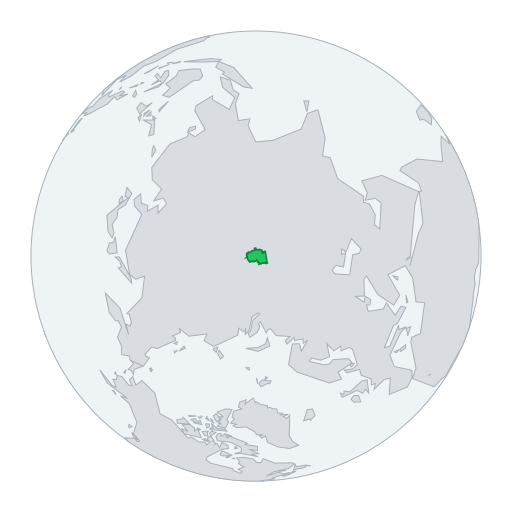 Altay highlighted on a globe, orthographic projection, rotated 195°
{"feature_id": "RUS-2399", "entity_name": "Altay", "entity_type": "Territory", "adm_level": 1, "iso_a3": "RUS", "parent_name": "Russia", "parent_adm1": "", "projection": "orthographic", "projection_center": [83.175, 52.561], "detail": "fine", "context": "on_globe", "style": "filled", "palette": "green", "viewbox_px": 512, "rotation_deg": 195, "n_neighbors": 0, "source": "natural_earth", "source_scale": "10m", "svg_char_len": 14834}
<svg xmlns="http://www.w3.org/2000/svg" viewBox="0 0 512 512"><g transform="rotate(195 256 256)"><circle cx="256" cy="256" r="225" fill="#eef3f6" stroke="#a8b0b8"/><path d="M331.1,43.6L335.5,46.5L326.2,48.5L322.7,46.0L320.8,47.2L325.2,50.6L328.5,52.6L328.0,64.5L340.3,80.7L350.5,85.7L343.3,85.1L366.8,94.9L377.5,105.6L361.6,93.8L356.9,92.8L362.3,99.9L358.7,100.6L359.2,104.6L354.4,104.9L345.5,98.4L342.2,98.6L346.2,103.7L343.9,107.6L338.6,100.0L334.0,106.1L318.2,97.4L307.8,78.7L295.1,75.9L274.1,62.3L272.1,64.6L262.9,61.5L257.2,63.2L254.9,60.6L252.4,64.3L255.5,66.3L255.4,68.7L252.4,70.0L248.9,66.8L250.0,65.7L247.4,65.5L247.0,63.4L245.4,65.1L241.6,61.4L240.8,67.1L234.0,65.8L232.7,62.8L238.8,60.5L251.1,49.4L251.7,46.5L246.3,44.1L223.7,44.7L221.8,42.8L214.9,42.0L213.2,44.0L217.9,45.3L212.9,49.2L219.3,50.9L218.3,52.9L222.4,56.0L215.3,58.4L206.1,59.2L202.3,56.9L198.1,57.3L196.5,62.1L184.3,60.8L167.5,65.6L165.0,65.2L169.7,59.1L183.0,52.1L189.1,45.9L178.5,53.0L172.6,52.6L168.9,54.0L165.4,56.1L165.0,57.5L161.6,58.3L170.8,51.1L174.0,50.3L171.1,52.4L177.3,49.3L183.4,45.2L179.9,45.7L192.9,40.3L190.5,40.7L192.0,40.1L194.9,39.6L190.0,40.6L205.5,36.5L221.1,33.4L236.9,31.5L252.9,30.7L268.8,31.1L284.7,32.6L300.4,35.1L315.9,38.8L331.1,43.6ZM438.6,124.1L438.0,123.2L438.9,124.5L438.6,124.1ZM440.1,126.2L439.2,125.0L439.4,125.2L440.1,126.2ZM441.7,128.7L442.0,129.2L441.1,127.9L441.7,128.7ZM330.5,53.5L325.6,50.6L323.0,47.5L327.5,49.7L330.5,53.5ZM334.9,60.5L331.6,59.1L334.0,57.3L335.1,58.6L334.9,60.5ZM358.6,89.3L355.3,85.8L359.7,89.1L358.6,89.3ZM360.1,105.1L362.2,105.9L361.6,107.7L360.1,105.1ZM226.0,54.6L224.3,55.3L224.4,54.3L226.0,54.6ZM229.5,55.4L231.0,53.8L232.9,53.9L231.9,54.9L229.5,55.4ZM353.7,109.8L352.1,112.6L352.2,108.6L353.7,109.8ZM227.3,57.4L236.0,54.4L239.3,54.8L238.4,59.0L227.3,57.4ZM350.1,113.4L346.3,120.5L350.6,122.9L336.3,120.5L344.3,115.0L343.7,109.7L346.7,113.1L350.1,113.4ZM257.9,66.5L254.3,64.3L260.1,65.0L257.9,66.5ZM261.6,66.3L279.4,65.8L283.1,69.9L276.3,69.1L283.4,73.8L276.4,76.1L271.0,74.0L270.0,70.8L268.1,74.2L261.6,66.3ZM329.0,118.3L326.7,119.2L327.4,117.1L329.0,118.3ZM255.9,69.7L259.1,69.1L262.6,72.6L256.6,74.5L257.4,72.7L255.9,69.7ZM288.6,74.1L290.1,77.2L284.9,79.8L284.7,81.4L276.5,76.5L288.6,74.1ZM255.1,72.6L253.5,75.4L249.1,75.0L252.9,70.6L255.1,72.6ZM265.9,72.8L267.3,74.6L264.6,74.2L265.9,72.8ZM232.6,75.7L236.5,74.6L238.6,76.3L232.6,75.7ZM253.2,76.5L254.7,76.6L256.0,77.2L254.1,79.0L253.2,76.5ZM273.4,78.8L270.9,79.4L276.5,81.0L272.8,83.2L268.0,79.6L268.5,82.1L267.4,82.8L264.7,79.1L273.4,78.8ZM255.9,82.7L248.6,79.3L241.0,80.8L238.9,79.3L251.5,77.2L255.9,82.7ZM261.3,80.9L257.5,81.6L256.9,79.2L259.1,77.2L261.3,80.9ZM272.0,86.1L278.9,83.6L279.7,84.5L272.0,86.1ZM253.8,83.6L255.7,84.4L253.4,84.0L253.8,83.6ZM266.6,85.8L268.9,84.7L269.8,85.8L266.6,85.8ZM257.4,87.1L255.0,85.9L256.4,84.5L257.4,87.1ZM261.7,86.9L262.3,88.6L258.3,84.7L262.6,86.2L261.7,86.9ZM267.0,87.0L268.3,87.2L265.9,87.3L267.0,87.0ZM253.4,93.5L248.0,88.9L251.2,85.6L255.9,90.5L253.4,93.5ZM50.2,347.7L49.6,345.7L46.7,337.1L39.1,306.8L40.4,299.7L39.5,291.7L36.9,285.1L36.3,275.4L35.1,270.5L31.4,242.0L33.1,224.5L42.0,188.8L44.7,185.9L50.2,175.7L73.2,178.2L72.4,189.0L84.1,212.9L84.6,217.8L77.1,223.7L81.0,254.5L89.5,253.1L99.0,275.4L109.3,285.3L123.8,272.1L107.0,255.4L110.1,244.2L128.4,250.3L144.0,265.3L145.7,261.4L140.9,245.4L149.7,242.7L139.9,239.4L140.0,245.3L133.9,243.7L133.4,238.2L136.5,237.3L133.3,231.5L119.3,237.9L117.9,244.6L106.3,234.6L102.9,245.0L97.9,245.2L101.8,227.9L105.3,224.2L108.2,200.6L103.4,203.4L100.4,226.1L99.0,221.9L92.5,226.6L96.4,219.7L101.0,194.9L93.9,185.0L75.9,185.9L73.7,179.3L75.9,168.7L91.5,156.7L94.7,173.0L100.3,169.7L107.4,157.7L107.8,163.9L111.1,161.3L113.0,167.2L123.4,168.0L126.6,173.3L138.0,166.7L141.2,168.8L133.5,171.9L129.9,177.3L138.7,191.0L142.6,191.6L149.3,186.4L150.8,191.2L156.2,184.4L164.9,189.8L158.9,177.8L166.6,172.1L175.8,171.9L177.3,168.0L162.3,168.4L157.3,170.6L154.7,175.9L140.1,180.8L135.5,177.7L146.7,164.9L141.4,159.3L152.4,152.3L186.1,154.5L196.5,159.4L198.1,180.4L191.4,182.5L187.6,175.9L184.4,187.7L187.9,184.0L189.2,188.1L196.9,184.2L198.2,187.0L203.4,178.8L205.8,181.8L202.5,187.0L216.0,184.4L223.1,189.6L225.5,187.8L226.1,184.3L234.7,193.5L236.1,191.8L233.9,188.0L235.2,182.2L241.0,175.8L243.6,179.3L241.9,182.1L242.3,193.6L237.4,200.9L239.0,201.7L244.0,196.3L243.5,182.2L246.2,177.4L247.4,183.8L247.1,181.0L249.3,179.8L253.9,181.9L253.1,174.9L273.3,157.7L284.3,160.7L283.1,168.0L300.1,161.2L311.2,166.0L309.1,162.4L315.8,157.3L312.4,155.7L311.9,153.6L327.6,141.0L333.3,141.1L337.7,132.5L336.6,130.8L332.6,130.1L336.3,120.5L350.6,122.9L352.3,126.6L360.1,126.0L363.0,134.7L368.9,142.0L367.5,152.6L372.3,157.8L374.8,157.0L383.3,163.8L392.0,181.3L373.9,170.5L358.7,146.9L363.9,156.6L359.4,155.6L359.3,159.9L363.3,167.0L365.8,167.0L355.4,185.9L358.4,207.8L366.2,202.4L373.3,205.4L383.5,227.8L377.1,266.7L386.4,273.0L388.4,279.1L383.5,286.1L380.4,277.2L373.5,276.8L372.6,271.1L363.7,279.9L361.8,272.0L355.8,283.2L360.5,288.0L369.0,282.8L364.5,296.3L375.9,302.8L379.6,314.6L368.3,341.7L353.2,353.6L352.8,357.5L345.6,355.5L337.8,365.0L352.6,380.4L352.8,385.7L339.4,399.5L338.8,395.9L319.8,390.7L317.5,403.7L331.9,410.3L336.9,419.8L326.3,419.1L321.1,410.6L314.4,408.5L315.3,397.7L308.1,382.2L297.4,386.9L297.4,379.9L285.8,366.2L269.9,371.9L245.2,390.3L243.2,407.0L234.1,413.3L219.7,387.8L217.6,369.9L209.7,370.2L197.2,351.9L167.8,341.6L166.0,335.7L159.9,335.7L151.5,326.6L149.7,316.9L143.5,314.2L148.9,339.7L155.8,342.6L165.0,338.1L164.9,346.0L173.3,355.9L155.3,366.4L115.6,360.3L115.8,346.7L107.0,296.1L109.6,292.7L109.7,292.2L109.9,291.2L104.8,295.9L104.7,286.0L105.0,319.3L103.2,330.7L115.0,360.7L112.9,361.4L117.9,368.7L139.0,375.7L138.2,379.6L125.7,391.3L100.1,395.5L105.9,410.7L108.1,419.5L97.5,414.1L103.9,421.8L99.2,417.7L99.4,418.0L87.5,405.5L76.5,392.2L66.6,378.0L57.8,363.2L50.2,347.7ZM58.8,184.9L56.6,187.3L58.8,184.9ZM156.2,290.0L168.3,297.5L170.2,283.2L175.0,285.0L173.8,279.7L170.2,282.2L168.6,268.0L176.4,267.6L178.7,261.9L174.7,259.1L160.6,262.2L162.9,282.3L157.0,285.3L156.2,290.0ZM172.1,53.0L171.3,53.6L167.4,55.6L168.6,54.4L172.1,53.0ZM154.2,66.8L149.1,67.7L153.5,66.1L154.1,64.4L164.3,59.1L164.3,64.8L162.5,63.0L154.2,66.8ZM177.8,54.3L171.4,56.6L178.4,53.8L177.8,54.3ZM127.2,142.3L125.4,146.5L120.9,147.9L117.0,142.3L123.4,140.1L127.2,142.3ZM123.8,152.3L136.0,141.8L139.0,145.3L135.3,145.0L136.0,148.4L130.2,149.0L121.1,163.0L116.6,165.2L111.7,152.9L115.8,155.6L117.3,151.1L123.8,152.3ZM162.0,112.6L167.3,109.1L166.8,120.9L161.9,122.9L157.6,117.1L160.9,111.4L162.0,112.6ZM224.2,65.7L226.2,64.4L227.2,65.1L226.2,67.0L224.2,65.7ZM234.2,75.1L216.1,72.9L217.6,71.1L205.3,72.5L204.3,68.4L212.3,67.5L202.3,65.7L209.2,63.3L201.9,62.8L219.9,61.3L225.7,59.4L219.6,63.0L220.4,66.7L222.4,67.7L232.5,69.4L245.3,67.6L248.1,71.4L246.7,74.5L244.0,75.5L243.0,72.7L240.2,76.1L236.8,72.8L234.2,75.1ZM228.3,114.7L228.3,110.0L222.0,118.1L218.6,114.1L218.1,115.3L213.2,113.9L206.3,114.4L205.6,112.2L203.3,113.4L200.0,112.7L196.5,113.6L194.0,110.0L189.6,111.0L191.0,108.8L183.9,111.5L188.1,107.9L184.2,106.9L182.2,110.9L177.5,91.0L172.4,86.1L165.8,84.2L173.8,78.7L185.0,77.3L196.6,78.9L200.4,84.7L203.3,81.4L206.0,83.3L202.6,85.1L209.5,83.5L210.8,85.6L221.1,88.3L230.3,85.2L234.3,86.2L231.3,88.5L237.4,88.0L234.6,93.2L237.4,94.2L237.4,100.5L230.1,104.6L233.8,105.4L234.0,110.5L228.3,114.7ZM253.1,95.3L245.2,100.7L239.4,101.4L241.8,90.3L239.6,88.7L240.9,82.0L249.3,81.4L248.1,83.3L249.0,85.0L246.0,84.5L249.0,86.2L247.5,89.0L249.4,91.2L246.4,92.3L253.1,95.3ZM88.8,218.2L89.9,221.1L92.3,224.7L88.3,227.9L88.8,218.2ZM91.6,201.2L93.1,202.9L88.6,208.9L87.5,206.0L91.6,201.2ZM97.8,199.1L93.6,202.6L95.2,199.0L97.8,199.1ZM135.3,173.4L137.4,175.1L136.1,176.7L133.2,177.5L135.3,173.4ZM209.0,139.2L209.9,136.1L211.5,136.1L217.4,130.8L220.4,133.6L218.0,137.9L209.0,139.2ZM118.7,272.2L113.5,272.6L112.9,269.5L114.8,270.0L118.7,272.2ZM98.4,249.8L101.2,257.2L97.3,250.7L98.4,249.8ZM213.3,141.4L215.4,138.8L215.6,141.8L213.3,141.4ZM222.9,135.4L223.8,138.5L221.4,133.3L222.9,135.4ZM138.6,437.2L135.7,444.8L127.1,439.6L122.0,434.6L120.7,428.2L129.5,431.5L132.9,429.6L138.6,437.2ZM385.9,421.8L391.4,419.3L391.1,419.9L385.9,421.8ZM380.3,423.0L386.7,419.9L379.0,424.7L380.3,423.0ZM389.2,418.6L395.7,414.0L398.6,411.5L397.9,412.9L389.2,418.6ZM375.9,425.1L350.7,435.0L340.5,436.8L343.1,434.0L359.7,429.0L375.9,425.1ZM342.3,434.2L326.4,432.4L303.1,417.0L311.4,416.1L335.5,423.1L334.0,425.5L343.7,427.8L342.3,434.2ZM379.9,408.9L378.3,415.3L364.7,420.6L358.3,422.1L354.0,416.1L356.4,411.2L361.7,409.4L380.9,386.8L387.8,387.1L382.2,396.1L387.8,398.9L379.9,408.9ZM244.3,408.6L250.0,418.2L245.0,419.4L244.3,408.6ZM387.8,372.2L380.6,382.8L386.9,370.3L387.8,372.2ZM390.9,361.3L391.8,364.6L388.3,362.8L390.9,361.3ZM353.4,362.9L347.9,365.7L347.3,363.0L354.1,357.9L353.4,362.9ZM382.3,324.4L383.9,332.9L383.4,336.2L380.1,332.3L382.3,324.4ZM242.1,164.1L230.5,168.1L224.2,173.4L223.8,180.0L219.4,172.7L229.2,164.5L242.1,164.1ZM269.2,158.0L269.5,152.7L272.7,154.1L273.0,155.5L269.2,158.0ZM267.1,155.4L261.3,150.7L263.6,147.2L267.7,151.6L267.1,155.4ZM236.9,145.5L233.3,146.4L233.2,143.8L236.9,145.5ZM357.3,457.2L358.8,456.5L357.6,455.1L360.2,454.0L361.8,450.7L385.7,435.4L403.6,417.5L413.7,410.4L423.3,397.2L432.8,388.7L428.2,397.0L436.1,390.4L446.4,371.0L446.2,376.7L436.4,391.0L425.5,404.4L413.5,417.0L400.7,428.7L386.9,439.3L372.5,448.8L357.3,457.2ZM399.3,414.6L407.3,406.0L411.3,402.9L399.3,414.6ZM472.4,318.8L471.9,320.2L472.2,319.1L472.6,317.9L472.4,318.8ZM473.4,315.1L473.5,314.4L473.5,314.7L473.4,315.1ZM472.0,318.8L472.8,316.9L471.8,319.5L472.0,318.8ZM471.2,321.3L470.3,323.1L470.4,322.6L471.2,321.3ZM456.7,350.5L460.6,348.4L456.6,355.2L452.4,358.6L447.5,367.9L437.3,378.9L440.1,374.0L439.2,371.6L427.6,381.0L425.3,380.4L429.8,374.9L421.7,379.4L430.6,370.9L433.9,373.3L438.8,364.5L446.5,357.4L453.4,350.6L458.1,347.2L456.7,350.5ZM429.9,382.7L431.4,381.4L429.9,384.1L429.9,382.7ZM468.6,325.3L469.9,324.0L469.6,325.1L468.9,326.5L468.6,325.3ZM459.4,344.5L464.9,331.7L466.0,329.7L462.2,340.3L459.4,344.5ZM463.9,331.0L466.1,327.6L467.0,327.8L466.5,329.4L463.9,331.0ZM411.8,392.3L411.3,394.1L408.9,394.6L411.8,392.3ZM415.0,389.2L422.1,385.4L414.3,391.0L415.0,389.2ZM391.6,398.3L393.9,400.7L401.3,394.2L395.7,400.8L400.3,403.8L398.5,406.9L393.9,403.5L391.7,410.9L388.4,412.6L387.0,408.0L390.5,399.1L393.8,394.3L406.9,385.4L391.6,398.3ZM415.1,384.8L413.1,381.7L414.5,377.7L416.7,378.6L415.1,384.8ZM406.7,374.5L400.8,372.2L395.9,377.3L405.2,363.3L409.5,367.9L406.7,374.5ZM400.9,364.8L396.4,369.5L400.7,361.9L400.9,364.8ZM394.9,368.2L393.9,364.4L397.7,362.8L394.9,368.2ZM403.3,363.5L403.3,355.9L405.7,359.0L403.3,363.5ZM390.9,355.7L400.0,358.2L389.0,361.1L386.2,347.0L390.7,344.3L390.9,355.7ZM400.9,279.1L398.4,275.0L401.8,271.3L402.6,275.1L400.9,279.1ZM410.6,256.7L401.9,269.1L394.6,279.4L398.0,279.7L398.4,288.9L392.0,284.2L395.5,271.4L401.5,265.0L400.1,257.5L403.2,249.4L399.1,241.5L399.7,236.2L405.2,241.5L410.6,256.7ZM397.0,238.4L390.9,223.1L398.3,219.9L401.3,222.6L401.0,230.8L397.1,232.0L397.0,238.4ZM391.6,218.6L387.8,219.7L370.8,202.0L369.1,197.6L385.9,208.7L383.2,210.5L386.1,215.6L391.6,218.6ZM328.6,120.8L326.9,119.4L329.4,119.7L328.6,120.8ZM309.9,152.9L309.6,150.1L312.6,150.4L309.9,152.9ZM310.5,142.8L307.3,144.4L309.6,141.2L310.5,142.8ZM300.4,148.5L305.6,144.4L302.2,150.4L300.4,148.5Z" fill="#d9dde1" stroke="#a8b0b8" stroke-width="1"/><path d="M246.0,258.0L244.8,255.3L243.8,253.2L243.5,252.7L243.4,252.5L243.5,252.4L243.8,252.2L243.7,252.1L243.8,252.1L244.0,252.1L244.0,251.9L243.7,251.9L243.8,251.6L244.2,251.6L244.3,251.5L244.5,251.8L244.8,252.0L245.0,251.9L245.4,251.9L245.3,251.5L245.5,251.4L246.0,251.3L246.3,251.4L246.6,251.3L246.9,251.4L247.0,251.2L247.2,251.3L247.3,251.3L247.6,251.2L247.7,250.9L247.9,250.8L248.0,250.8L248.3,250.7L248.3,250.4L248.8,250.2L249.0,249.9L249.1,250.0L249.4,249.9L249.7,249.7L249.8,249.8L249.9,249.7L250.0,249.4L250.2,249.5L250.5,249.2L250.6,249.3L250.6,249.2L250.6,248.9L250.9,248.7L250.9,248.8L251.0,249.2L251.2,249.4L251.3,249.7L251.3,249.8L251.5,249.9L251.8,250.0L252.0,250.0L252.3,250.2L252.3,250.4L252.2,250.5L252.4,250.5L252.6,250.3L252.9,250.4L252.9,250.7L252.7,250.9L252.7,251.2L252.8,251.3L253.0,251.5L253.1,251.4L253.3,251.5L253.5,251.7L253.8,251.6L253.7,251.8L253.8,251.9L254.0,252.1L254.3,252.4L254.5,252.3L254.5,252.1L254.8,251.8L254.8,251.7L255.0,251.3L255.0,251.2L255.6,250.5L255.8,250.3L256.0,250.1L256.3,250.0L256.5,250.5L256.7,250.4L256.8,250.4L256.7,250.0L256.9,249.8L257.2,249.8L257.3,249.9L257.5,249.8L257.7,250.0L257.8,249.9L258.0,249.7L258.3,249.6L258.5,249.5L258.8,249.6L258.9,249.8L259.0,249.8L259.1,249.6L259.2,249.4L259.5,249.0L260.4,248.4L260.5,248.4L261.2,249.4L261.2,249.5L261.3,249.5L261.6,249.3L261.8,249.6L262.0,249.6L262.3,250.0L262.8,250.2L262.9,250.3L263.0,250.4L263.0,250.6L263.5,251.0L263.5,251.4L263.6,251.5L263.8,251.7L263.9,251.9L263.9,252.0L264.2,252.1L264.5,252.2L264.8,252.1L265.0,252.0L264.8,252.3L264.7,252.9L264.6,253.0L264.4,253.0L264.2,253.1L264.3,253.3L264.5,253.4L264.7,253.6L264.9,253.7L265.1,253.7L265.2,253.9L265.1,254.0L265.1,254.3L264.9,254.6L265.0,254.8L265.3,255.2L265.5,255.1L265.6,255.4L265.6,255.5L265.4,255.3L265.0,255.5L264.9,255.5L264.8,255.4L264.7,255.5L264.6,255.8L264.5,256.0L264.3,256.5L264.7,256.9L264.7,257.0L264.8,257.2L264.8,257.4L264.7,257.5L264.4,257.6L264.1,257.5L263.9,257.8L263.9,258.0L263.7,258.0L263.4,258.0L263.3,257.9L263.2,257.9L262.6,257.8L262.5,258.1L262.4,258.2L262.5,258.4L262.4,258.5L262.2,258.6L262.3,258.7L262.3,258.8L262.2,259.0L262.3,259.2L262.2,259.1L261.9,259.2L261.8,259.3L261.7,259.5L261.6,259.8L261.2,259.8L261.2,260.0L260.9,260.2L260.7,260.1L260.4,260.2L260.3,260.4L260.1,260.4L259.9,260.5L259.6,260.7L259.3,260.9L259.2,261.0L258.9,261.0L258.7,261.0L258.5,261.6L258.4,261.7L258.2,261.6L258.1,261.9L258.7,262.1L258.8,262.1L259.2,262.2L259.3,262.3L259.4,262.6L259.5,262.6L259.5,262.9L259.5,263.0L259.4,263.3L259.2,263.3L258.5,263.5L258.3,263.6L258.0,263.4L257.9,263.2L257.9,262.9L257.6,262.6L257.3,262.6L257.1,262.4L256.8,262.4L256.7,262.3L256.6,262.2L256.4,262.1L256.0,262.2L255.9,262.2L255.8,262.3L255.7,262.5L255.2,262.6L254.9,262.5L254.8,262.9L254.8,263.0L254.6,263.0L254.3,263.3L254.1,263.1L253.9,263.1L253.7,263.1L253.6,263.3L253.4,263.3L253.1,263.1L252.9,263.0L252.6,263.0L252.4,262.9L252.4,263.0L251.7,263.1L251.7,262.9L251.8,262.7L251.6,262.5L251.6,262.4L251.6,262.2L251.3,262.2L251.0,262.3L250.9,262.3L250.7,262.2L250.8,261.9L251.0,261.5L251.0,261.4L250.9,261.3L250.7,261.4L250.5,261.2L250.4,261.1L250.4,260.9L250.3,261.0L249.9,260.8L249.7,260.9L249.7,261.0L249.3,261.2L249.2,261.3L249.2,261.5L249.3,261.7L249.3,261.8L249.3,262.0L249.2,262.2L249.1,262.3L248.8,262.3L248.7,262.4L248.6,262.5L248.4,262.7L248.2,262.6L248.3,262.9L248.2,262.9L248.0,262.7L247.9,262.4L246.9,260.0L246.0,258.0Z" fill="#22c55e" stroke="#15803d" stroke-width="1.5"/></g></svg>